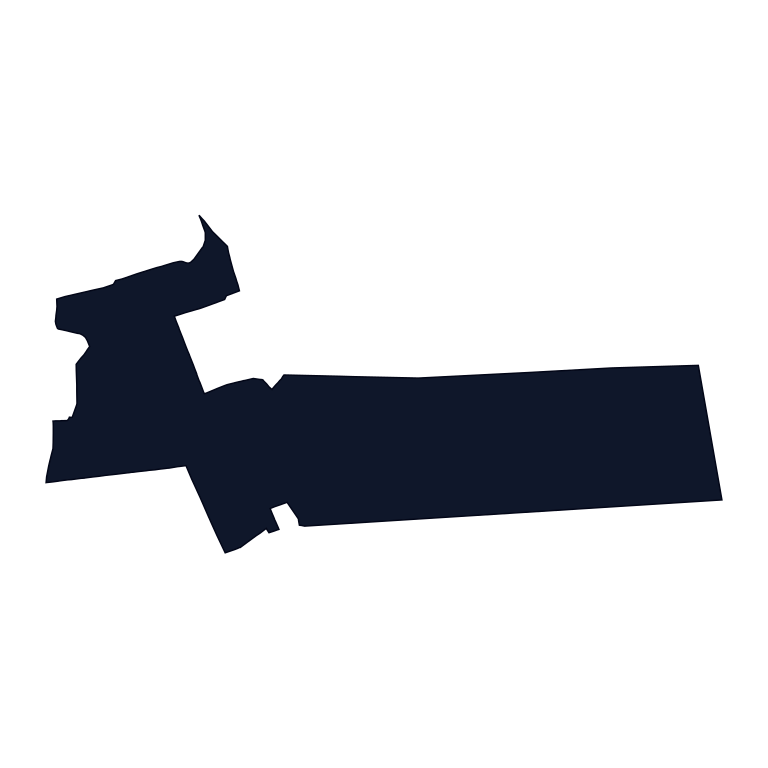 outline of As Safiyah, Amanat Al Asimah, Yemen
{"feature_id": "15242507B54206098311522", "entity_name": "As Safiyah", "entity_type": "district", "adm_level": 2, "iso_a3": "YEM", "parent_name": "Yemen", "parent_adm1": "Amanat Al Asimah", "projection": "orthographic", "projection_center": [44.221, 15.343], "detail": "fine", "context": "isolated", "style": "filled", "palette": "ink", "viewbox_px": 768, "rotation_deg": 0, "n_neighbors": 0, "source": "geoboundaries", "source_scale": "gbopen_adm2", "svg_char_len": 3247}
<svg xmlns="http://www.w3.org/2000/svg" viewBox="0 0 768 768"><path d="M56.7,299.1L57.0,306.5L56.7,310.3L56.0,315.3L55.9,317.1L55.4,321.3L55.9,324.2L56.7,326.4L57.5,328.4L58.4,329.0L62.5,329.8L77.8,333.4L79.1,333.5L80.2,333.8L82.9,335.2L85.5,337.4L87.4,340.8L88.2,342.8L89.7,346.5L87.5,349.5L86.4,351.3L83.8,355.0L81.3,357.7L78.4,361.4L76.2,364.3L76.3,370.6L76.7,382.2L76.8,384.8L76.8,390.6L77.0,403.4L76.7,404.8L72.7,416.0L72.2,417.3L71.3,417.4L70.4,417.3L69.4,417.2L68.9,418.5L68.1,419.7L67.1,420.6L61.4,420.7L59.8,420.9L55.4,420.9L53.0,421.1L53.2,422.7L53.3,426.0L53.3,427.0L53.3,428.5L53.3,433.2L53.2,442.7L53.0,448.6L51.2,455.5L50.4,459.0L50.1,460.0L48.7,466.0L46.6,476.9L46.1,482.6L46.8,482.5L52.5,481.9L56.3,481.4L58.4,481.1L59.5,480.9L61.7,480.6L67.9,479.8L71.4,479.6L73.5,479.3L81.1,478.3L82.9,478.2L84.3,478.1L85.3,477.9L93.1,476.9L98.7,476.3L99.4,476.2L103.7,475.6L104.9,475.4L112.5,474.6L117.8,474.0L127.6,472.8L129.0,472.7L131.3,472.3L133.3,472.2L137.0,471.7L139.6,471.4L141.6,471.2L146.3,470.7L149.0,470.3L154.9,469.8L159.7,469.1L165.1,468.5L168.1,468.1L169.0,468.1L177.8,466.6L179.1,466.5L186.0,465.6L191.9,479.5L196.6,489.7L196.9,490.4L198.6,494.1L199.9,496.9L203.1,504.2L208.8,517.3L209.2,518.1L210.8,521.8L216.9,535.3L225.2,552.8L234.8,549.5L238.1,548.2L238.8,547.7L240.2,547.5L247.4,542.1L249.0,541.0L251.0,539.5L256.3,535.6L260.1,533.1L266.2,528.4L269.0,532.7L273.3,531.3L274.8,530.8L276.9,530.0L278.9,529.4L278.2,527.6L275.3,521.0L274.8,520.2L274.3,518.6L272.2,513.7L270.1,508.5L274.8,506.6L280.7,504.6L282.3,504.0L287.1,502.3L297.9,518.1L298.4,518.9L298.5,519.7L298.6,520.6L299.4,525.2L301.3,525.4L304.6,526.1L721.9,499.9L698.3,365.4L611.3,368.0L531.5,372.4L418.3,378.1L353.5,376.7L339.9,376.3L284.0,375.0L282.8,376.5L281.3,379.1L279.8,380.5L278.0,382.7L276.3,384.4L275.3,385.5L273.3,387.8L272.0,389.5L269.1,387.0L266.6,383.9L263.7,381.0L263.0,380.0L262.0,379.6L259.4,379.4L253.3,378.5L244.8,380.5L243.8,380.6L240.8,381.4L239.7,381.6L235.0,382.7L234.0,383.0L229.1,384.2L227.1,384.7L224.9,385.5L217.3,388.5L214.5,389.7L206.1,393.2L204.4,393.7L203.6,392.2L202.0,387.9L200.4,383.7L199.9,382.4L199.1,380.8L196.9,374.9L196.6,373.6L194.6,368.5L193.4,365.2L189.6,355.7L189.2,354.5L187.8,351.3L185.9,346.5L184.6,343.1L184.1,341.8L183.4,339.9L182.7,338.0L181.0,333.8L179.1,329.0L178.9,328.1L176.3,321.7L174.3,316.2L181.8,313.8L185.1,312.7L190.3,311.2L200.7,308.2L209.6,305.0L217.2,302.2L223.2,300.0L224.6,299.5L225.7,297.1L226.4,295.7L233.0,293.2L234.4,292.7L239.4,290.8L238.3,286.4L237.9,284.8L236.7,281.3L235.9,278.5L234.0,273.0L233.5,271.6L230.3,259.8L230.1,259.0L229.8,257.5L228.6,253.0L227.9,249.4L227.4,246.4L224.3,243.3L222.8,241.9L218.9,238.0L217.2,236.3L212.4,231.6L206.3,223.6L205.3,222.4L204.7,221.5L201.8,218.4L199.0,215.2L199.5,216.6L200.4,218.6L201.5,221.5L202.2,223.6L202.7,225.2L204.9,231.2L205.3,232.7L205.3,240.3L203.1,246.9L202.4,247.5L194.0,259.2L190.7,262.3L189.7,262.8L188.1,263.2L185.9,262.8L183.3,261.8L181.8,261.4L181.1,261.4L179.8,261.4L173.2,262.8L168.7,264.2L163.8,265.7L161.7,266.4L156.8,267.6L152.6,268.9L137.0,273.8L122.0,279.0L115.6,280.6L113.5,284.3L111.8,285.0L104.4,287.5L103.7,287.8L95.0,289.7L88.8,291.1L88.1,291.3L65.0,296.6L56.7,299.1Z" fill="#0f172a" stroke="#020617" stroke-width="1.5"/></svg>